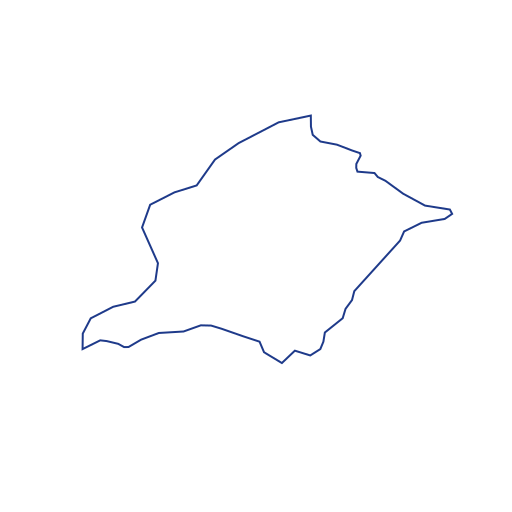 outline of Pargaujas, rotated 156°
{"feature_id": "LVA-5793", "entity_name": "Pargaujas", "entity_type": "Municipality", "adm_level": 1, "iso_a3": "LVA", "parent_name": "Latvia", "parent_adm1": "", "projection": "robinson", "projection_center": [25.076, 57.369], "detail": "fine", "context": "isolated", "style": "outline", "palette": "blue", "viewbox_px": 512, "rotation_deg": 156, "n_neighbors": 0, "source": "natural_earth", "source_scale": "10m", "svg_char_len": 904}
<svg xmlns="http://www.w3.org/2000/svg" viewBox="0 0 512 512"><g transform="rotate(156 256 256)"><path d="M246.9,143.1L259.0,153.7L275.9,147.7L287.8,164.8L287.6,176.3L300.4,187.9L317.1,203.6L325.3,210.7L334.6,215.1L352.9,216.5L376.1,225.2L395.0,226.3L409.5,224.7L413.6,226.5L417.6,231.8L427.0,239.0L432.6,242.3L452.3,241.5L445.8,255.6L432.3,266.3L407.1,267.7L385.1,263.6L357.9,274.4L348.5,289.3L348.5,319.0L348.5,328.4L331.8,345.9L304.5,347.3L281.5,344.6L254.2,360.8L225.9,366.2L180.9,368.9L148.8,362.0L153.2,351.8L154.9,343.6L150.6,334.4L136.8,324.8L125.4,313.4L119.2,307.7L119.6,305.1L126.9,299.3L128.6,295.7L129.0,291.8L114.0,283.6L112.6,278.6L107.2,272.1L96.2,253.0L81.1,233.3L60.0,219.6L59.7,214.7L68.5,213.1L91.2,219.0L110.7,218.2L118.1,211.5L180.5,183.9L186.2,176.7L195.7,171.3L202.1,163.9L224.2,158.1L229.3,150.3L235.1,144.8L246.9,143.1Z" fill="none" stroke="#1e3a8a" stroke-width="2"/></g></svg>